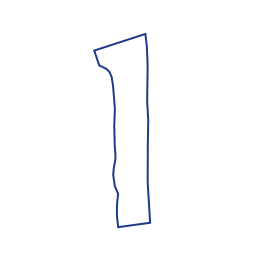 Vao, Tuvalu, rotated 214°
{"feature_id": "33948139B47278370345205", "entity_name": "Vao", "entity_type": "district", "adm_level": 2, "iso_a3": "TUV", "parent_name": "Tuvalu", "parent_adm1": "", "projection": "natural_earth1", "projection_center": [176.121, -5.68], "detail": "fine", "context": "isolated", "style": "outline", "palette": "blue", "viewbox_px": 256, "rotation_deg": 214, "n_neighbors": 0, "source": "geoboundaries", "source_scale": "gbopen_adm2", "svg_char_len": 481}
<svg xmlns="http://www.w3.org/2000/svg" viewBox="0 0 256 256"><g transform="rotate(214 128 128)"><path d="M56.7,61.8L69.4,78.4L81.9,94.8L102.0,124.9L115.4,145.5L127.1,160.9L146.6,190.7L158.0,206.2L166.2,215.7L199.3,173.3L186.8,163.8L179.3,164.9L175.2,164.3L170.0,161.1L163.5,154.0L149.7,136.7L140.2,121.5L128.9,105.7L123.1,98.3L120.6,94.4L117.5,87.1L114.1,80.9L106.5,72.5L99.4,67.9L93.9,57.7L88.3,49.3L80.7,40.3L56.7,61.8Z" fill="none" stroke="#1e3a8a" stroke-width="2"/></g></svg>